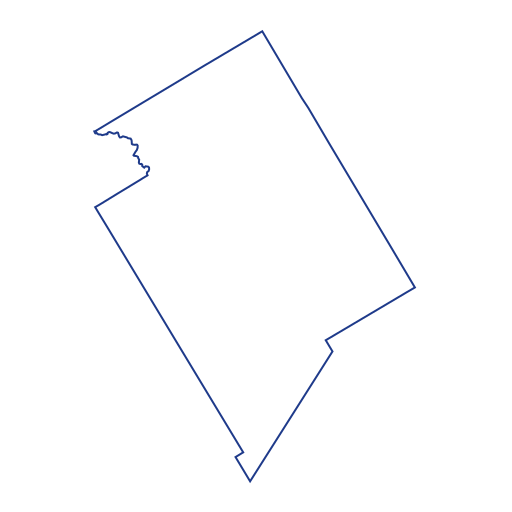 outline of Doña Ana, New Mexico, United States of America, rotated 149°
{"feature_id": "52423323B79640001030180", "entity_name": "Doña Ana", "entity_type": "district", "adm_level": 2, "iso_a3": "USA", "parent_name": "United States of America", "parent_adm1": "New Mexico", "projection": "albers", "projection_center": [-106.656, 32.418], "detail": "fine", "context": "isolated", "style": "outline", "palette": "blue", "viewbox_px": 512, "rotation_deg": 149, "n_neighbors": 0, "source": "geoboundaries", "source_scale": "gbopen_adm2", "svg_char_len": 1374}
<svg xmlns="http://www.w3.org/2000/svg" viewBox="0 0 512 512"><g transform="rotate(149 256 256)"><path d="M377.1,65.9L239.6,134.8L239.6,147.9L227.0,147.8L146.1,147.3L136.0,147.2L135.7,199.5L135.7,202.3L135.3,314.8L134.9,356.0L135.4,367.8L134.9,445.4L202.0,445.8L210.3,445.8L210.9,445.8L212.0,445.8L273.9,445.8L329.5,445.8L330.4,446.1L330.5,445.5L330.5,444.9L330.6,444.3L330.6,444.1L330.5,443.8L329.8,443.4L329.4,443.4L329.2,443.5L329.2,443.4L328.8,442.2L328.7,441.9L328.5,441.4L326.9,440.4L326.2,439.7L325.8,439.0L325.6,438.8L322.7,437.9L321.6,437.7L321.5,437.2L320.6,437.0L319.6,438.0L318.0,437.9L316.9,436.9L316.7,436.4L315.2,434.4L315.0,434.2L313.7,433.6L311.5,433.5L310.8,432.7L311.7,429.2L311.6,427.7L310.8,427.3L310.7,427.2L308.4,427.1L306.6,425.2L305.6,424.2L305.1,422.9L303.0,421.2L303.0,419.6L303.3,418.7L304.7,416.0L304.4,415.2L302.5,413.6L301.3,413.2L300.6,412.6L300.6,411.5L301.8,409.7L303.6,408.2L305.6,407.4L309.1,405.5L309.0,404.8L306.8,403.0L306.1,401.8L306.6,400.3L306.5,398.8L308.3,396.4L308.5,395.3L307.7,394.3L306.7,393.9L306.5,392.8L307.2,391.7L306.3,389.3L304.5,389.8L302.4,388.1L302.1,387.0L302.9,385.4L304.2,384.2L306.2,383.9L307.2,382.7L307.4,381.0L312.9,381.0L316.5,380.9L321.2,380.9L342.3,380.8L364.4,380.6L368.7,380.7L368.7,374.2L368.6,356.7L368.4,226.5L368.1,94.3L377.1,94.2L377.1,65.9Z" fill="none" stroke="#1e3a8a" stroke-width="2"/></g></svg>